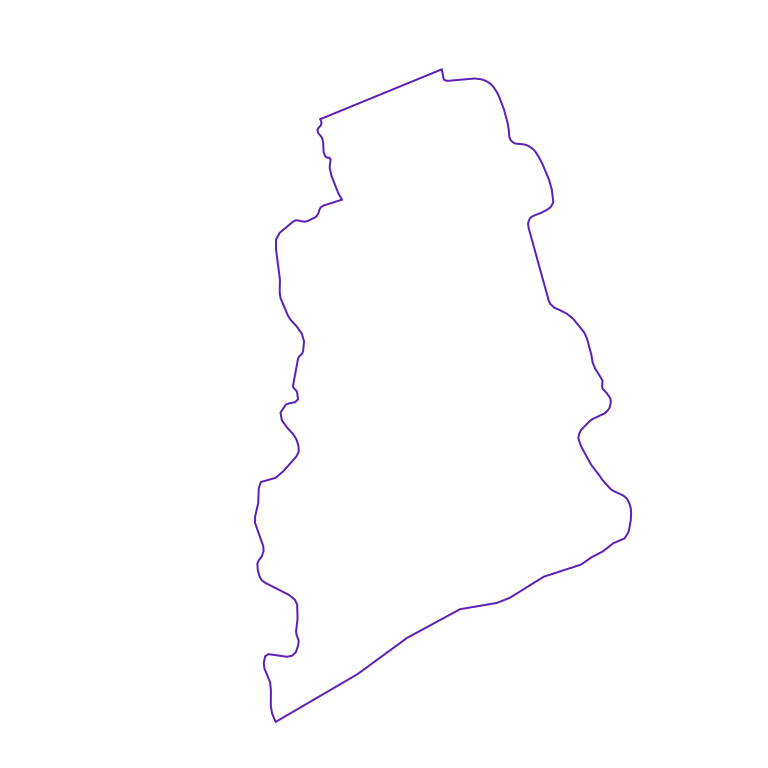 map outline of Borgou (Natural Earth projection), rotated 157°
{"feature_id": "BEN-2169", "entity_name": "Borgou", "entity_type": "Department", "adm_level": 1, "iso_a3": "BEN", "parent_name": "Benin", "parent_adm1": "", "projection": "natural_earth1", "projection_center": [2.675, 9.701], "detail": "fine", "context": "isolated", "style": "outline", "palette": "violet", "viewbox_px": 768, "rotation_deg": 157, "n_neighbors": 0, "source": "natural_earth", "source_scale": "10m", "svg_char_len": 2842}
<svg xmlns="http://www.w3.org/2000/svg" viewBox="0 0 768 768"><g transform="rotate(157 384 384)"><path d="M615.8,115.3L615.8,124.2L614.0,131.9L607.7,146.4L605.4,154.1L605.2,169.0L603.6,174.3L599.8,179.8L595.9,180.5L580.0,170.9L574.8,169.8L569.9,171.6L565.0,177.2L563.4,179.9L562.7,181.7L562.5,187.4L561.5,190.8L555.2,201.9L550.1,215.0L550.4,220.4L553.9,227.0L570.8,247.1L573.1,250.7L573.8,255.2L573.1,260.4L572.9,262.0L570.7,268.4L567.6,271.0L563.9,273.0L560.1,277.3L558.5,281.9L557.0,306.6L554.4,312.4L546.4,323.4L539.9,337.2L535.5,341.9L520.5,340.0L510.9,343.0L493.0,351.5L489.0,354.9L486.8,360.7L486.3,367.2L487.1,372.9L490.2,381.8L492.2,390.6L490.4,398.2L482.4,403.4L478.0,403.1L473.1,402.0L469.1,403.5L467.2,410.6L467.5,412.5L468.9,416.2L468.6,417.7L453.4,440.6L451.6,442.4L447.6,444.0L445.8,445.5L441.0,454.4L440.0,462.4L441.7,470.5L444.9,479.6L445.7,484.4L445.7,503.2L444.2,509.2L439.1,520.4L430.8,550.1L427.0,559.1L420.9,564.0L403.9,569.1L401.0,569.1L398.5,567.7L396.1,565.8L393.4,564.3L390.7,563.9L383.0,564.2L380.4,564.8L377.7,566.8L375.6,569.3L373.2,571.4L369.9,571.9L350.7,570.1L351.5,577.8L351.0,596.1L349.6,604.0L348.8,605.7L346.0,610.6L345.4,611.2L345.8,613.6L346.9,614.2L348.1,614.7L349.1,616.7L349.0,621.1L345.9,629.4L344.9,633.8L345.2,636.4L346.5,640.8L346.2,643.4L344.9,644.9L340.7,647.1L339.3,649.3L339.2,652.4L339.2,652.7L207.9,651.1L210.0,640.9L208.5,639.2L207.8,638.6L206.2,637.9L181.4,629.9L176.4,627.1L174.1,625.4L172.2,623.6L170.5,621.5L169.0,619.2L168.0,617.1L167.2,614.7L166.1,608.8L165.8,604.1L166.3,589.8L166.8,586.5L168.1,576.6L169.7,569.7L171.7,563.7L172.1,562.1L172.2,560.2L171.8,558.1L170.7,555.9L169.9,554.8L169.1,554.0L161.8,550.0L159.9,548.6L158.7,547.4L157.2,545.4L155.7,543.2L154.5,540.7L154.0,539.2L152.9,533.0L152.2,523.9L152.3,507.4L153.5,497.7L157.1,485.2L159.4,483.2L161.3,481.9L162.5,481.4L166.5,480.6L172.4,480.2L181.7,480.4L183.1,480.1L184.4,479.7L185.5,479.0L186.4,478.1L187.9,476.5L188.9,474.9L189.9,471.1L199.7,396.9L199.7,392.8L197.4,387.6L193.3,383.4L188.2,377.2L184.9,371.2L184.4,369.9L179.7,353.8L179.4,350.1L179.6,345.1L181.7,329.9L183.6,321.7L183.6,316.0L181.5,301.9L183.6,297.5L183.7,297.4L184.1,297.0L184.4,295.7L184.6,294.3L182.5,288.5L181.4,283.1L181.3,281.9L181.8,280.2L182.6,278.1L184.5,275.4L185.9,273.9L187.2,272.9L189.6,271.7L192.1,270.8L205.6,270.3L209.6,269.3L219.5,265.2L221.7,263.8L223.6,262.0L225.3,259.9L226.1,258.6L226.6,255.1L226.9,249.3L224.9,228.7L221.4,215.4L220.6,210.8L216.8,199.7L215.7,197.5L214.1,195.3L207.8,188.4L206.4,186.2L205.4,183.9L205.2,183.2L205.0,181.7L204.9,177.3L205.4,173.1L207.0,168.5L210.0,162.3L216.2,152.9L216.9,152.3L217.7,151.4L223.0,147.9L235.0,147.9L248.0,144.4L260.6,143.4L273.2,140.8L312.3,144.2L352.1,138.0L365.7,138.4L402.0,147.0L461.9,141.3L521.7,127.3L615.7,115.3L615.8,115.3Z" fill="none" stroke="#5b21b6" stroke-width="2"/></g></svg>